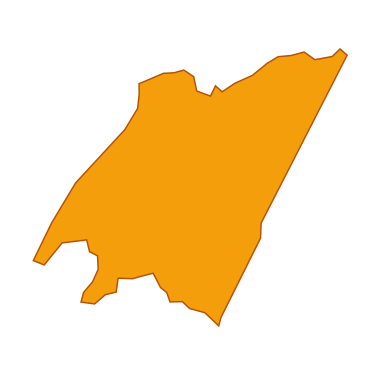 Frutuoso Gomes, Rio Grande do Norte, Brazil (Albers equal-area conic projection), rotated 267°
{"feature_id": "56859067B91987340852019", "entity_name": "Frutuoso Gomes", "entity_type": "district", "adm_level": 2, "iso_a3": "BRA", "parent_name": "Brazil", "parent_adm1": "Rio Grande do Norte", "projection": "albers", "projection_center": [-37.841, -6.16], "detail": "fine", "context": "isolated", "style": "filled", "palette": "amber", "viewbox_px": 384, "rotation_deg": 267, "n_neighbors": 0, "source": "geoboundaries", "source_scale": "gbopen_adm2", "svg_char_len": 780}
<svg xmlns="http://www.w3.org/2000/svg" viewBox="0 0 384 384"><g transform="rotate(267 192 192)"><path d="M312.0,169.7L302.9,144.8L292.6,144.4L278.3,142.1L257.8,128.2L207.2,76.3L168.6,50.3L131.8,29.9L126.9,40.6L148.0,59.7L148.9,73.6L149.7,84.3L137.7,86.6L133.2,94.3L119.7,94.3L107.5,88.0L97.4,78.5L87.9,75.4L85.3,88.9L94.0,100.1L96.0,111.0L109.8,113.7L108.5,128.1L110.6,137.2L112.9,149.0L98.2,155.6L92.8,161.6L83.4,164.3L83.0,176.7L75.7,183.6L70.8,198.5L56.9,211.7L65.1,214.3L142.2,258.0L157.3,259.4L320.5,354.1L327.1,347.3L320.0,339.2L317.7,321.6L325.9,311.3L323.1,298.1L322.6,285.1L316.5,273.7L305.3,258.4L298.5,240.8L290.5,227.3L296.8,221.0L286.8,215.5L292.6,202.0L307.1,199.7L314.2,190.2L312.0,180.1L312.0,169.7Z" fill="#f59e0b" stroke="#b45309" stroke-width="1.5"/></g></svg>